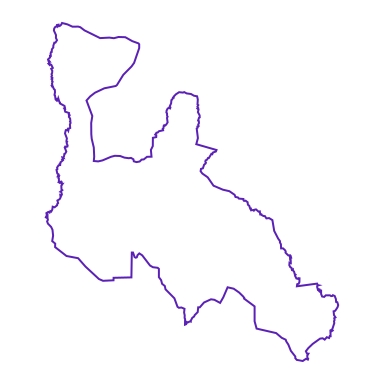 Sai Mun, Yasothon, Thailand (Equal Earth projection)
{"feature_id": "78962969B82059554981356", "entity_name": "Sai Mun", "entity_type": "district", "adm_level": 2, "iso_a3": "THA", "parent_name": "Thailand", "parent_adm1": "Yasothon", "projection": "equal_earth", "projection_center": [104.191, 15.992], "detail": "fine", "context": "isolated", "style": "outline", "palette": "violet", "viewbox_px": 384, "rotation_deg": 0, "n_neighbors": 0, "source": "geoboundaries", "source_scale": "gbopen_adm2", "svg_char_len": 5837}
<svg xmlns="http://www.w3.org/2000/svg" viewBox="0 0 384 384"><path d="M62.0,23.0L61.2,24.7L59.7,26.0L59.0,25.5L58.3,26.1L58.4,24.7L56.9,25.0L56.4,26.6L55.2,27.0L54.2,28.5L53.9,30.5L56.0,35.1L55.9,37.9L57.0,40.2L55.4,42.7L54.3,42.7L53.3,45.8L53.3,47.5L51.9,49.3L51.7,51.9L51.2,51.9L50.6,53.3L50.8,55.9L50.0,55.9L50.1,57.4L48.0,59.4L48.5,61.0L49.1,60.8L49.7,61.6L48.8,61.6L49.3,63.3L48.5,63.7L49.7,65.0L50.3,64.3L51.3,64.8L52.8,67.9L51.2,68.8L52.3,70.8L52.1,73.1L51.5,74.1L52.0,75.5L51.4,76.8L51.9,77.4L51.7,78.5L52.3,78.3L52.1,81.4L52.6,81.8L52.0,83.5L52.3,84.9L51.6,85.5L52.3,86.7L52.9,86.6L53.8,88.9L54.8,89.8L55.0,92.2L54.5,95.0L55.0,95.5L55.6,99.5L57.0,100.8L57.8,100.0L57.6,99.0L58.1,99.1L58.3,98.4L59.3,101.8L60.0,102.5L59.9,103.4L64.5,105.9L65.0,107.9L64.2,108.3L65.1,109.3L64.7,109.7L65.2,111.7L69.0,113.0L68.8,114.4L69.4,114.6L69.6,115.4L69.0,115.6L68.9,116.9L70.1,118.5L70.4,121.2L70.0,121.6L70.6,122.9L69.9,124.4L70.2,128.0L68.8,128.5L68.3,130.7L67.6,129.3L67.1,130.1L65.8,130.1L65.0,133.4L66.9,138.4L66.4,141.2L67.1,141.8L66.6,142.5L66.8,143.6L67.6,145.4L67.4,146.5L66.2,146.5L65.7,147.3L65.1,146.8L64.7,147.5L66.3,151.6L65.1,153.7L64.3,154.0L64.1,156.1L63.4,157.2L63.7,157.9L62.4,157.5L62.9,159.3L62.3,159.6L62.9,160.3L60.4,162.4L60.4,163.7L59.7,164.0L60.0,165.1L58.6,165.3L57.1,167.5L57.4,169.1L56.5,169.8L57.3,173.5L58.6,174.4L57.8,176.3L59.0,176.2L58.4,178.0L58.9,178.6L58.9,181.1L59.4,181.6L58.7,182.2L59.5,182.7L59.6,182.0L60.9,181.7L60.8,182.7L61.8,182.5L61.9,184.1L62.5,184.0L61.3,185.8L61.5,189.4L62.3,190.1L60.4,191.7L61.2,192.0L61.9,194.4L61.3,195.6L60.3,195.1L60.6,197.4L59.6,199.2L57.4,200.5L58.1,203.1L57.2,204.1L57.1,205.3L54.6,207.3L52.7,206.7L52.3,209.6L51.2,211.6L50.3,211.1L49.6,212.6L48.3,211.9L46.4,213.1L46.6,214.1L47.5,214.4L47.5,216.8L46.6,215.7L45.8,217.3L47.6,218.4L47.9,219.8L47.1,221.4L47.9,223.6L51.1,226.9L52.5,229.8L53.1,235.7L52.2,241.1L55.2,243.6L55.1,247.1L66.5,256.0L78.1,258.2L85.5,266.6L98.9,279.0L103.0,280.8L113.5,280.3L113.6,277.8L131.4,277.4L131.8,252.5L133.0,252.5L134.6,257.1L135.7,257.7L136.8,257.3L137.5,255.2L139.3,253.4L142.2,255.3L150.0,265.5L152.9,267.2L157.7,267.8L158.9,268.9L158.9,277.2L161.1,280.1L162.1,283.8L164.8,286.0L165.5,289.3L174.4,298.3L177.5,306.8L178.9,307.8L181.4,307.5L184.5,308.8L184.1,312.5L184.7,315.3L184.6,318.0L185.1,319.0L185.0,324.6L186.2,324.1L186.9,322.0L187.7,322.5L189.9,321.4L190.8,321.6L190.8,320.7L192.3,317.8L194.1,316.5L194.7,315.1L197.7,312.1L198.2,307.3L199.8,307.3L204.0,302.5L211.0,299.3L214.4,299.8L220.1,302.9L223.3,297.3L227.6,287.3L233.7,288.7L239.1,292.5L243.1,296.4L244.3,298.0L244.1,298.6L254.6,306.4L254.6,321.3L256.6,328.6L276.2,333.1L281.7,337.8L285.7,339.7L286.3,341.5L288.3,344.5L290.9,350.9L295.3,356.5L295.3,358.2L296.8,359.9L302.7,361.0L306.0,358.8L307.9,359.6L308.2,358.8L307.5,358.0L307.2,355.8L308.4,353.7L307.0,353.6L305.9,351.2L308.3,348.1L312.7,343.9L320.1,338.6L322.7,338.3L324.7,339.6L326.8,337.2L329.1,338.0L329.8,336.0L330.6,336.1L330.4,330.4L331.4,329.8L330.9,330.9L331.3,331.4L332.7,330.5L332.1,329.8L334.3,323.1L334.0,321.2L334.6,320.0L334.2,318.2L335.5,317.4L334.0,315.1L333.6,311.3L335.0,310.9L336.1,309.5L337.5,307.3L338.2,305.1L337.3,302.2L336.1,301.9L335.9,299.1L334.7,296.0L332.9,295.2L332.2,296.0L331.1,296.1L329.9,295.3L325.8,295.3L324.2,296.9L322.1,296.5L321.1,293.9L321.1,290.5L320.6,290.4L320.1,291.9L319.4,291.4L319.5,289.4L318.8,289.2L318.5,290.4L318.0,290.1L317.1,286.8L317.3,285.7L318.6,285.3L317.7,285.1L317.1,283.6L296.9,286.3L297.2,284.2L298.7,283.7L299.4,282.1L299.5,278.3L298.5,278.2L298.4,279.0L296.4,278.5L295.0,275.7L295.6,274.7L294.7,274.1L294.1,271.7L293.0,270.5L292.9,269.3L291.9,269.8L291.4,267.7L290.3,267.2L289.3,265.2L289.5,262.6L290.8,263.1L290.7,259.9L290.1,259.7L290.3,258.3L291.2,257.9L290.8,256.5L290.0,257.1L289.9,255.3L288.4,255.5L286.2,253.4L285.5,252.6L285.7,251.4L285.1,250.3L283.1,248.4L281.1,248.4L280.9,244.2L279.9,242.4L280.0,241.2L278.1,238.5L274.2,230.9L272.4,220.1L269.1,218.1L266.4,218.4L264.9,216.1L263.5,216.0L261.4,214.9L261.3,214.3L260.2,214.4L259.8,211.4L258.6,211.7L256.0,209.4L254.6,209.7L253.9,210.6L253.4,210.0L251.1,210.3L250.9,208.6L250.2,208.7L249.2,205.7L247.9,204.7L247.6,202.2L245.6,200.7L244.1,200.9L243.5,200.3L243.4,199.0L238.9,198.6L237.9,197.4L235.5,197.0L234.6,194.8L229.4,191.2L222.9,189.7L213.5,185.7L207.7,177.3L202.3,173.5L200.6,171.2L201.0,168.9L202.9,168.3L204.1,164.7L205.6,163.5L205.9,162.6L205.3,161.8L205.6,160.4L207.0,159.7L208.0,158.0L208.8,158.1L211.4,153.8L212.3,154.2L213.0,152.5L215.9,151.5L216.5,150.0L196.3,144.2L197.9,138.1L196.7,128.5L197.7,127.6L197.4,126.5L198.6,126.0L198.2,124.6L199.0,123.0L198.8,121.0L198.1,120.6L199.0,117.8L199.7,117.4L199.6,115.3L197.9,112.1L198.5,109.7L197.4,108.5L198.2,108.0L197.4,106.7L198.3,105.1L197.5,104.4L197.8,99.5L197.1,96.3L193.9,95.7L191.0,94.0L186.6,93.4L184.2,92.1L183.0,92.6L179.1,92.2L175.9,94.3L173.9,96.4L173.6,97.8L172.9,97.7L172.3,99.4L171.4,100.1L171.1,103.4L169.7,106.4L170.4,107.4L170.1,108.4L168.8,107.9L167.6,108.6L166.6,110.6L166.4,112.6L167.0,113.3L167.1,115.8L167.6,116.7L167.0,117.9L167.6,122.4L166.2,124.6L164.9,125.7L164.2,125.2L163.7,125.8L163.4,128.4L162.7,128.9L163.1,130.3L159.0,131.2L157.6,132.6L156.5,132.7L155.2,134.6L156.3,135.2L156.2,137.1L152.9,137.8L152.8,146.1L150.9,149.9L151.5,156.7L147.0,156.8L143.8,159.4L141.6,159.6L139.7,161.5L136.5,162.1L133.8,161.3L133.4,159.3L131.0,157.9L128.7,158.2L124.4,157.6L120.1,156.0L114.8,155.8L111.0,156.8L102.5,160.4L98.2,161.4L93.8,161.0L94.2,156.7L93.8,147.6L91.7,138.7L91.3,134.2L91.2,123.0L92.3,116.0L86.5,100.5L90.2,96.4L95.0,92.7L104.3,88.3L115.7,86.0L116.9,85.1L123.3,74.8L131.5,66.5L134.1,62.9L139.2,48.1L139.2,44.3L138.5,43.4L132.2,41.1L125.3,37.2L118.5,37.0L113.9,38.2L109.3,37.6L100.1,38.1L84.5,30.4L80.3,27.2L78.2,26.6L72.5,26.7L67.5,24.4L62.0,23.0Z" fill="none" stroke="#5b21b6" stroke-width="2"/></svg>